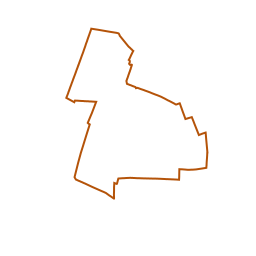 outline of Amaru, Buzau, Romania, rotated 305°
{"feature_id": "2599482B26041702067150", "entity_name": "Amaru", "entity_type": "district", "adm_level": 2, "iso_a3": "ROU", "parent_name": "Romania", "parent_adm1": "Buzau", "projection": "orthographic", "projection_center": [26.614, 44.929], "detail": "fine", "context": "isolated", "style": "outline", "palette": "amber", "viewbox_px": 256, "rotation_deg": 305, "n_neighbors": 0, "source": "geoboundaries", "source_scale": "gbopen_adm2", "svg_char_len": 4925}
<svg xmlns="http://www.w3.org/2000/svg" viewBox="0 0 256 256"><g transform="rotate(305 128 128)"><path d="M177.9,156.2L176.0,154.8L175.9,154.8L174.9,154.0L174.8,153.9L174.7,153.7L174.6,153.0L174.6,152.1L174.5,151.8L174.5,151.3L174.4,150.7L174.3,150.0L174.1,148.3L173.9,146.9L173.9,146.6L173.6,145.2L173.2,141.8L173.2,141.5L172.7,138.3L172.7,137.9L172.4,136.4L171.8,133.8L171.5,132.6L171.2,131.6L170.2,127.5L170.1,127.1L169.8,125.5L169.7,125.2L169.0,122.5L168.3,120.0L168.2,119.4L167.6,117.4L167.0,115.4L167.0,115.2L166.8,114.5L166.7,114.0L166.5,113.4L166.4,112.9L166.2,112.6L165.2,111.7L165.7,110.9L165.8,110.7L165.3,108.7L165.1,108.1L165.1,107.8L165.0,107.6L164.6,105.7L164.2,104.4L164.1,103.8L163.9,103.1L163.9,102.9L163.8,102.7L163.7,102.4L163.6,101.8L164.3,101.1L165.6,99.7L166.5,99.5L166.7,99.4L167.1,99.3L167.7,99.1L168.2,99.0L168.3,99.0L169.4,98.7L170.8,98.3L171.0,98.2L171.7,98.0L172.4,97.8L173.0,97.7L173.5,97.5L173.7,97.4L174.4,97.3L174.7,97.2L174.9,97.1L175.5,97.0L176.1,96.8L176.3,96.7L177.1,96.5L177.6,96.4L178.1,96.2L178.4,96.1L178.7,96.0L179.3,95.8L181.3,95.2L181.5,95.1L181.9,95.0L182.0,94.9L182.0,94.7L181.8,94.5L181.6,94.3L181.3,94.0L181.2,93.9L181.0,93.7L180.9,93.4L180.9,93.2L181.0,93.0L181.1,92.7L181.1,92.4L181.2,92.2L181.3,92.1L181.5,92.0L181.6,91.9L181.8,91.9L182.1,91.9L182.3,91.9L182.6,91.8L182.9,91.7L183.1,91.6L183.4,91.4L183.5,91.3L183.7,91.2L183.9,91.0L184.1,90.8L184.2,90.6L184.2,90.3L184.2,90.0L184.2,89.6L185.5,89.5L186.1,89.4L187.8,89.1L188.8,88.9L190.4,88.6L190.8,88.6L193.1,88.2L193.5,88.2L193.9,88.1L194.1,88.1L194.1,87.8L194.2,87.3L194.3,86.8L194.5,85.9L194.5,85.4L194.6,84.8L194.7,84.3L194.8,83.8L194.9,83.2L194.9,82.8L194.9,82.5L195.0,82.0L195.1,81.6L195.1,81.4L198.7,68.8L198.8,68.3L199.1,68.0L199.5,67.4L200.0,66.4L200.1,66.0L199.4,64.1L196.1,57.3L191.2,46.9L190.6,45.7L188.3,41.0L188.1,41.1L187.7,41.2L185.9,41.7L184.5,42.1L184.1,42.2L183.7,42.3L183.0,42.5L182.4,42.7L181.1,43.0L180.9,43.1L180.6,43.2L180.4,43.2L180.2,43.3L179.8,43.4L179.4,43.5L179.2,43.6L178.9,43.6L178.1,43.9L177.9,43.9L177.6,44.0L177.4,44.1L177.2,44.1L176.9,44.2L176.5,44.3L176.3,44.4L176.1,44.5L172.9,45.3L170.4,46.1L167.1,47.0L164.0,47.9L160.8,48.7L156.1,50.0L155.9,50.0L155.7,50.1L155.2,50.2L155.0,50.3L154.8,50.3L154.6,50.4L154.4,50.4L154.2,50.5L153.9,50.6L153.7,50.6L153.3,50.7L153.1,50.8L152.9,50.8L152.7,50.9L152.4,51.0L152.0,51.1L151.9,51.1L151.6,51.2L151.3,51.2L151.2,51.3L150.9,51.4L150.7,51.4L150.6,51.5L150.3,51.5L150.2,51.5L149.9,51.6L149.7,51.7L149.4,51.8L149.1,51.8L148.9,51.9L148.6,52.0L148.4,52.0L148.1,52.1L147.8,52.2L147.6,52.2L147.3,52.3L147.0,52.4L146.8,52.4L146.6,52.5L146.1,52.6L145.4,52.8L145.0,52.9L144.7,53.0L144.4,53.1L144.1,53.2L143.8,53.2L143.4,53.4L143.1,53.4L142.9,53.5L140.6,54.1L139.4,54.4L138.9,54.5L138.6,54.6L138.1,54.7L137.7,54.9L137.3,54.9L137.0,55.0L136.6,55.1L136.3,55.2L135.9,55.3L135.6,55.4L133.7,55.9L132.4,56.2L131.4,56.5L130.7,56.7L129.8,56.9L129.6,57.0L129.0,57.1L127.9,57.4L127.6,57.5L126.8,57.7L126.5,57.8L126.2,57.9L125.9,57.9L125.5,58.1L123.5,58.6L123.3,58.6L123.1,58.7L122.8,58.8L122.5,58.9L122.4,58.9L122.2,59.0L121.9,59.1L121.4,59.2L118.0,60.0L117.3,60.2L118.3,69.2L120.0,68.8L121.3,70.8L122.2,72.3L122.8,73.3L123.0,73.7L123.3,74.1L123.4,74.3L124.0,75.2L124.5,76.0L124.8,76.5L124.9,76.8L125.8,78.1L126.2,78.9L126.6,79.4L126.8,79.7L127.1,80.1L127.3,80.6L127.5,80.9L127.7,81.3L128.1,81.9L128.6,82.6L128.8,83.0L129.3,83.8L130.9,86.4L131.2,86.9L123.7,88.8L119.3,89.9L117.8,90.2L109.1,92.1L108.9,93.3L109.0,94.6L99.8,97.5L88.9,101.0L88.0,101.3L87.7,101.4L80.4,103.7L78.5,104.4L75.7,105.4L72.9,106.4L70.7,107.2L66.0,109.0L57.1,112.4L56.8,112.9L55.9,114.9L56.0,115.3L56.5,118.0L56.9,119.7L56.9,120.0L57.4,122.1L57.4,122.5L57.5,123.1L57.8,124.3L58.7,129.5L59.2,132.4L60.2,137.5L61.1,142.1L61.7,144.9L62.1,147.2L62.0,151.7L62.1,152.5L62.1,155.9L62.1,156.9L62.2,157.0L63.1,156.4L65.6,154.5L66.4,154.0L68.7,152.5L71.4,150.6L74.5,148.7L75.1,148.3L75.3,149.1L75.5,150.0L75.6,150.5L75.7,150.8L75.8,150.9L76.1,150.9L76.3,150.8L76.7,150.7L76.9,150.6L77.7,150.3L78.1,150.2L78.7,149.9L79.4,149.7L79.9,149.5L80.3,149.3L81.1,149.1L83.7,152.3L84.5,153.4L85.5,154.6L87.3,156.9L88.2,158.1L88.7,158.7L88.9,159.1L89.3,159.8L89.6,160.1L89.9,160.7L90.8,162.1L92.2,164.4L93.3,166.0L95.3,169.1L98.7,174.2L100.7,177.2L101.8,178.8L103.0,180.6L105.3,184.2L107.3,187.4L108.1,188.7L108.9,189.9L113.4,197.0L114.9,199.5L117.3,198.0L119.8,196.3L122.8,194.3L123.7,193.7L125.3,196.2L127.4,199.8L127.5,200.0L127.7,200.3L127.9,200.7L128.6,201.7L129.1,202.4L130.0,203.6L130.2,203.8L130.9,204.8L133.1,207.5L136.9,211.5L139.9,214.6L140.3,215.0L141.8,214.1L142.4,213.8L144.4,212.5L146.9,211.0L148.6,210.0L150.9,208.6L153.4,207.0L153.5,207.1L163.3,198.8L167.5,195.3L168.7,194.3L168.8,194.2L165.8,192.0L162.9,190.1L170.0,179.3L170.1,179.2L171.1,177.7L173.5,174.0L168.3,169.9L170.7,166.5L172.9,163.3L175.2,160.1L175.8,159.2L177.6,156.7L177.9,156.2Z" fill="none" stroke="#b45309" stroke-width="2"/></g></svg>